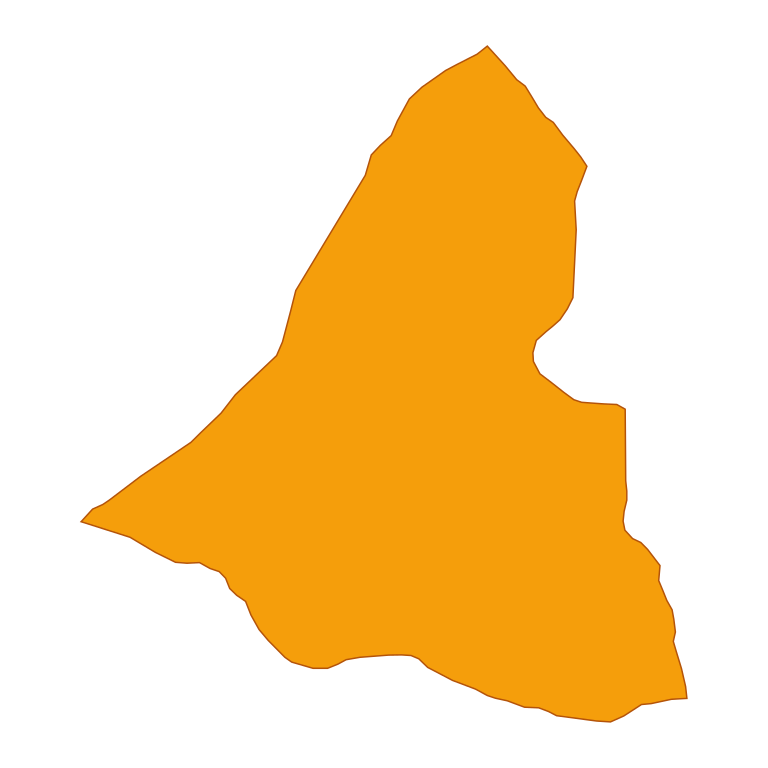 Itapura, São Paulo, Brazil
{"feature_id": "56859067B23822511456488", "entity_name": "Itapura", "entity_type": "district", "adm_level": 2, "iso_a3": "BRA", "parent_name": "Brazil", "parent_adm1": "São Paulo", "projection": "robinson", "projection_center": [-51.427, -20.578], "detail": "fine", "context": "isolated", "style": "filled", "palette": "amber", "viewbox_px": 768, "rotation_deg": 0, "n_neighbors": 0, "source": "geoboundaries", "source_scale": "gbopen_adm2", "svg_char_len": 1583}
<svg xmlns="http://www.w3.org/2000/svg" viewBox="0 0 768 768"><path d="M686.9,698.4L685.6,686.5L681.5,668.7L676.2,651.3L673.3,641.4L675.4,632.0L673.8,619.2L672.1,609.8L666.8,600.4L662.7,590.2L658.7,580.6L660.0,565.6L653.8,557.5L647.6,549.4L640.8,542.5L632.6,538.6L624.9,530.2L623.1,521.2L624.1,511.4L626.8,500.1L626.8,491.1L625.7,480.8L625.2,409.2L616.8,404.5L603.6,403.9L590.8,403.0L581.6,402.3L573.8,399.7L563.6,392.2L551.7,382.8L539.9,373.8L533.4,361.5L532.9,352.7L536.3,340.4L546.1,331.6L553.3,325.7L560.0,319.7L567.3,308.9L572.9,297.7L576.2,229.8L574.6,201.0L577.2,191.6L581.6,180.4L586.9,166.3L580.7,156.9L574.2,148.7L562.7,135.1L553.3,122.4L545.7,117.3L538.4,107.9L532.5,98.0L525.2,86.1L516.7,79.7L505.3,65.9L487.3,46.1L477.1,54.2L469.6,58.0L457.1,64.4L445.6,70.5L421.9,87.2L409.4,98.9L397.4,120.9L391.2,135.6L380.3,145.4L371.3,154.9L365.3,175.3L295.8,290.5L290.6,311.2L282.5,341.9L276.6,355.6L235.4,394.7L221.1,413.1L200.7,432.7L191.0,442.3L140.8,476.2L109.3,500.1L102.8,504.5L92.6,509.1L81.1,521.7L130.1,537.3L155.4,552.4L175.5,562.3L186.9,563.2L199.5,562.6L210.1,568.5L219.2,571.6L225.6,578.2L229.7,588.5L236.7,595.3L245.6,601.4L251.0,615.1L259.1,629.6L268.2,640.4L284.9,657.3L291.7,662.1L313.0,668.3L327.6,668.3L338.0,664.1L346.1,659.7L359.9,657.3L388.6,655.1L401.6,654.9L411.0,655.5L418.8,658.8L427.7,667.4L452.5,680.4L475.5,689.1L487.3,695.5L495.4,698.2L507.3,700.8L524.5,707.2L538.7,707.8L548.5,711.5L556.6,715.7L596.5,721.0L610.5,721.9L623.9,715.9L641.5,704.5L651.2,703.6L671.3,699.3L679.4,698.8L686.9,698.4Z" fill="#f59e0b" stroke="#b45309" stroke-width="1.5"/></svg>